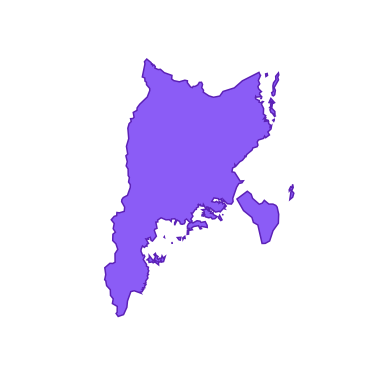 the district of Sumbawa, Nusa Tenggara Barat, Indonesia, rotated 113°
{"feature_id": "22746128B848155691224", "entity_name": "Sumbawa", "entity_type": "district", "adm_level": 2, "iso_a3": "IDN", "parent_name": "Indonesia", "parent_adm1": "Nusa Tenggara Barat", "projection": "albers", "projection_center": [117.515, -8.617], "detail": "fine", "context": "isolated", "style": "filled", "palette": "violet", "viewbox_px": 384, "rotation_deg": 113, "n_neighbors": 0, "source": "geoboundaries", "source_scale": "gbopen_adm2", "svg_char_len": 6047}
<svg xmlns="http://www.w3.org/2000/svg" viewBox="0 0 384 384"><g transform="rotate(113 192 192)"><path d="M305.1,199.5L304.5,200.6L303.3,199.0L301.2,198.7L301.0,199.8L300.0,198.6L299.3,199.7L298.5,198.1L297.0,198.9L295.3,198.2L294.9,200.1L293.7,198.8L292.1,199.9L288.4,199.0L286.6,200.4L284.8,199.9L284.6,201.0L281.4,201.0L280.4,202.3L278.3,202.7L278.1,204.9L276.4,205.6L273.2,210.5L269.7,210.3L268.8,211.6L269.8,212.4L266.4,215.9L264.3,216.5L261.0,216.5L261.6,214.2L259.7,213.4L259.5,212.3L257.6,213.1L256.4,211.9L253.2,216.1L252.5,213.6L251.8,214.5L250.0,212.7L252.6,210.7L252.6,209.2L246.6,207.5L242.1,211.7L240.8,211.7L239.1,210.0L233.9,213.5L232.9,211.8L231.2,212.6L227.8,210.4L227.8,205.1L226.3,202.0L227.2,199.7L224.9,200.3L223.3,197.4L224.3,195.7L227.0,196.0L229.4,195.0L223.7,194.8L223.9,191.9L225.8,190.2L225.6,188.5L224.2,186.7L222.1,186.6L221.0,187.6L219.0,186.5L221.0,181.7L218.7,180.5L217.5,182.5L213.9,181.7L211.7,184.4L211.1,183.1L206.9,182.2L206.3,181.2L204.9,181.7L203.1,180.2L201.2,181.5L200.8,181.2L201.6,180.4L200.3,179.5L201.3,178.4L200.7,176.3L199.0,176.7L201.4,173.5L201.1,172.4L200.1,172.6L199.7,171.0L200.4,169.8L199.5,169.1L201.3,162.5L199.1,159.4L199.4,158.3L194.9,156.7L194.7,155.1L193.9,156.5L192.2,156.6L191.7,156.1L193.2,155.7L191.6,155.0L189.7,158.0L190.9,159.1L189.8,159.8L190.4,161.7L191.7,162.7L190.3,163.0L191.4,164.4L191.0,165.8L192.6,166.9L193.1,170.1L188.9,169.5L187.8,165.1L188.8,164.1L186.9,162.3L188.6,161.5L188.1,159.2L186.8,160.2L189.0,154.9L187.7,151.0L184.8,150.4L181.9,152.0L170.2,152.8L165.9,152.2L164.0,149.6L161.6,149.1L163.1,152.0L157.3,160.4L157.8,163.1L154.0,164.0L151.9,162.2L150.2,163.1L151.0,161.7L145.6,159.9L143.0,158.0L138.8,156.7L138.2,158.0L138.2,156.1L136.2,156.3L129.8,153.1L127.7,153.2L124.9,149.8L123.1,149.6L120.5,151.5L118.2,151.2L114.6,147.0L112.2,147.0L113.2,145.4L109.2,143.0L107.1,145.6L103.1,143.9L99.7,144.7L101.6,145.5L99.7,146.1L99.1,148.1L96.3,149.7L96.4,151.5L96.9,151.8L96.4,150.1L96.8,149.5L98.6,152.8L95.1,153.1L96.4,154.5L93.0,153.9L92.3,156.8L87.2,158.7L84.1,162.3L82.7,162.3L83.1,165.4L81.7,165.7L81.4,169.7L80.4,170.5L79.1,170.7L79.6,170.0L77.0,165.3L75.6,168.1L74.1,168.4L72.5,167.3L71.0,171.0L69.1,172.6L66.0,171.9L63.5,174.5L57.1,174.5L58.1,174.6L55.7,177.1L70.0,189.1L79.6,193.7L87.3,202.7L92.8,203.9L96.4,209.2L96.9,214.1L95.7,220.6L93.8,221.2L92.2,223.8L88.9,224.3L87.3,226.1L88.2,228.1L91.1,228.5L93.6,230.4L94.3,232.2L95.8,232.5L95.9,234.3L93.2,239.0L91.4,239.7L91.9,242.3L95.5,246.7L96.6,252.2L95.9,254.9L92.5,256.0L93.0,264.2L91.4,269.0L92.5,271.0L92.4,274.6L90.9,274.8L89.9,276.7L91.0,277.4L89.6,278.4L90.3,279.1L88.9,280.2L87.3,285.6L90.6,286.7L92.3,285.4L105.5,282.7L105.5,280.0L108.3,278.6L108.8,276.8L111.0,275.8L113.2,271.4L115.2,270.5L122.0,270.3L131.6,274.4L135.9,275.4L138.4,274.6L141.7,277.2L145.9,274.5L147.5,275.2L148.5,277.2L150.8,275.5L153.7,276.6L158.3,276.0L167.6,271.1L175.6,270.2L182.2,266.0L184.5,267.0L189.4,263.4L193.7,262.8L195.8,259.8L201.9,257.1L203.1,255.3L207.6,254.3L209.4,251.6L212.0,250.6L220.3,250.1L224.0,253.1L226.4,253.6L228.4,253.0L232.2,248.1L236.3,246.8L239.5,250.7L240.2,253.1L243.2,252.1L244.8,254.1L249.1,255.5L251.4,251.3L256.6,250.2L258.9,246.8L261.8,248.3L267.7,246.0L269.4,241.8L273.8,237.9L278.8,238.8L286.6,235.4L288.7,236.9L289.7,239.7L295.8,242.7L301.8,239.1L306.9,238.1L307.4,236.7L311.6,234.0L313.9,229.0L319.1,226.6L321.1,222.8L325.8,221.7L326.5,216.1L332.0,213.9L333.5,214.4L335.4,211.3L331.6,207.1L323.6,206.9L317.5,208.8L307.6,209.4L305.5,206.6L305.1,199.5ZM187.0,100.3L178.6,103.5L172.7,107.7L171.6,109.6L171.5,112.7L173.1,116.5L171.4,122.2L174.8,123.0L177.0,125.3L174.2,133.7L170.9,136.7L169.7,141.4L180.9,147.9L189.0,137.3L192.0,126.9L196.0,123.6L196.6,118.5L212.0,107.4L210.7,104.5L206.7,101.4L195.9,102.3L187.0,100.3ZM219.9,169.6L218.7,164.1L216.7,165.1L214.1,168.3L216.5,171.8L215.7,173.2L216.5,176.2L220.1,179.0L220.2,181.0L222.8,182.8L225.3,182.9L227.2,182.0L226.6,180.3L227.4,179.5L228.8,181.3L232.9,179.9L232.1,178.7L228.8,180.0L226.6,176.9L225.6,178.6L223.1,176.9L220.5,172.9L222.8,170.0L222.0,169.0L221.2,170.6L219.9,169.6ZM204.8,159.2L204.4,163.6L202.6,164.7L204.0,165.3L204.3,166.7L202.1,166.7L203.0,168.5L202.9,169.9L201.7,171.1L204.4,175.8L205.0,173.3L206.4,172.6L206.8,173.6L207.5,172.0L208.5,173.9L210.0,173.6L209.7,172.0L208.3,171.8L209.6,170.0L209.2,166.5L207.8,164.6L208.9,162.8L207.6,160.5L204.8,159.2ZM267.2,191.0L261.9,191.5L264.0,192.6L262.5,194.6L265.1,194.2L265.5,195.8L267.4,196.6L266.4,198.2L264.7,198.0L264.1,200.6L262.8,201.7L264.5,202.5L265.8,200.2L268.8,200.5L269.5,198.1L270.4,200.9L267.2,206.5L269.1,205.5L272.0,206.9L271.7,205.2L273.6,204.0L271.9,201.3L272.4,200.1L270.9,198.8L272.1,194.3L269.4,195.6L269.0,194.0L266.8,194.1L268.4,192.6L267.2,191.0ZM70.1,153.9L65.8,155.0L63.9,157.2L55.0,156.2L52.7,158.0L50.4,157.8L48.6,159.0L52.8,160.2L55.8,158.7L59.7,159.6L62.7,159.0L67.8,156.5L69.4,157.5L71.7,155.8L71.7,154.6L70.1,153.9ZM88.5,145.8L85.5,147.2L83.7,151.3L79.4,152.5L77.5,150.9L75.0,156.0L80.3,156.1L78.9,155.7L78.6,154.0L77.6,154.5L77.6,153.4L77.9,153.1L80.2,154.1L82.2,153.0L84.1,153.5L84.1,151.8L85.9,152.4L87.9,150.4L88.5,145.8ZM157.5,97.3L153.3,97.8L151.8,100.7L148.3,100.6L145.6,102.3L148.8,101.9L148.6,103.2L152.0,103.4L152.9,102.9L151.7,102.7L151.6,101.4L160.8,99.0L157.5,97.3ZM205.5,157.5L207.0,154.3L205.9,153.5L202.7,157.5L205.5,157.5ZM240.9,184.0L238.0,184.5L239.7,187.7L241.1,185.3L240.9,184.0ZM55.2,168.0L53.5,169.1L54.5,170.4L56.8,169.1L55.2,168.0ZM237.4,180.2L235.6,181.3L237.9,182.5L239.1,181.8L237.8,181.7L237.4,180.2ZM95.0,144.4L93.5,144.4L93.0,144.7L94.4,145.7L95.0,144.4ZM201.9,170.2L202.5,169.6L202.0,168.9L201.5,169.4L201.9,170.2ZM89.7,146.3L90.2,145.5L89.7,145.2L89.7,146.3ZM82.3,162.9L81.9,162.0L81.0,161.7L81.2,162.7L82.3,162.9ZM246.9,190.2L245.8,190.9L247.0,190.4L246.9,190.2ZM200.3,170.8L200.9,170.6L200.8,169.8L200.3,170.8ZM78.8,164.7L77.8,164.9L79.0,165.1L78.8,164.7ZM244.5,200.1L244.6,199.6L244.0,200.0L244.5,200.1ZM201.5,154.6L200.2,154.9L200.9,154.9L201.5,154.6Z" fill="#8b5cf6" stroke="#5b21b6" stroke-width="1.5"/></g></svg>